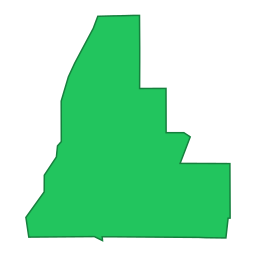 Walker, Georgia, United States of America (Equal Earth projection)
{"feature_id": "52423323B41524528635108", "entity_name": "Walker", "entity_type": "district", "adm_level": 2, "iso_a3": "USA", "parent_name": "United States of America", "parent_adm1": "Georgia", "projection": "equal_earth", "projection_center": [-85.284, 34.784], "detail": "fine", "context": "isolated", "style": "filled", "palette": "green", "viewbox_px": 256, "rotation_deg": 0, "n_neighbors": 0, "source": "geoboundaries", "source_scale": "gbopen_adm2", "svg_char_len": 595}
<svg xmlns="http://www.w3.org/2000/svg" viewBox="0 0 256 256"><path d="M190.2,136.9L183.9,132.7L166.1,132.7L166.0,88.4L139.6,88.5L139.7,62.3L139.7,47.6L139.5,15.4L134.9,15.4L134.2,15.4L127.1,15.6L124.1,15.7L122.4,15.7L121.3,15.8L113.2,15.9L97.8,16.3L93.3,28.3L74.8,63.0L68.4,76.8L61.2,101.1L61.3,141.6L57.5,145.9L56.4,157.0L44.3,175.2L44.2,191.9L25.9,217.4L28.8,237.1L94.4,236.6L102.5,240.6L102.2,236.8L115.1,236.8L198.7,237.4L205.9,237.7L222.2,237.9L225.9,237.9L228.1,218.2L230.1,218.1L229.9,163.6L213.4,163.5L180.1,163.4L190.2,136.9Z" fill="#22c55e" stroke="#15803d" stroke-width="1.5"/></svg>